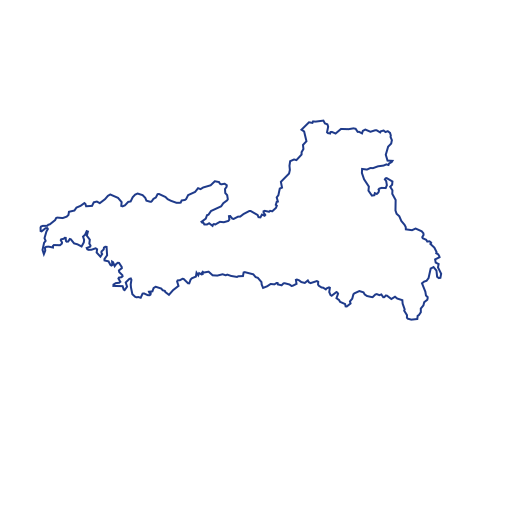 outline of Diamantina, Minas Gerais, Brazil, rotated 238°
{"feature_id": "56859067B62875205833655", "entity_name": "Diamantina", "entity_type": "district", "adm_level": 2, "iso_a3": "BRA", "parent_name": "Brazil", "parent_adm1": "Minas Gerais", "projection": "albers", "projection_center": [-43.58, -17.913], "detail": "fine", "context": "isolated", "style": "outline", "palette": "blue", "viewbox_px": 512, "rotation_deg": 238, "n_neighbors": 0, "source": "geoboundaries", "source_scale": "gbopen_adm2", "svg_char_len": 6112}
<svg xmlns="http://www.w3.org/2000/svg" viewBox="0 0 512 512"><g transform="rotate(238 256 256)"><path d="M117.1,359.4L119.6,361.4L119.6,362.9L121.0,366.0L124.1,367.9L125.4,371.8L127.7,374.2L128.1,378.0L129.0,379.0L130.2,379.8L132.4,379.2L136.0,380.7L144.9,382.3L145.2,385.0L144.6,387.5L145.8,390.6L152.8,397.5L152.5,400.7L148.0,401.3L142.4,398.6L140.4,399.3L139.8,400.8L142.8,403.6L149.9,404.3L152.4,406.6L155.2,404.9L158.2,406.1L157.7,411.0L158.6,411.3L160.9,411.4L162.8,410.3L163.6,411.2L168.6,411.7L173.8,410.3L174.3,411.5L175.4,411.4L176.6,410.8L177.5,408.9L179.6,408.9L182.7,406.8L183.9,407.0L185.1,409.3L186.6,410.0L189.2,409.6L194.7,405.9L195.2,402.0L199.2,397.2L201.2,398.3L203.7,398.5L208.7,397.8L213.8,398.6L217.3,397.6L220.7,398.4L229.5,404.1L236.5,404.5L239.4,406.5L243.6,406.5L244.3,409.2L246.9,411.2L252.8,408.1L253.2,407.1L252.7,405.9L250.5,406.1L246.7,404.5L244.9,402.0L247.2,398.6L247.8,396.3L247.5,395.2L246.2,394.9L245.1,393.6L244.8,392.4L244.6,391.3L246.3,390.1L244.8,388.6L245.8,386.3L251.8,386.0L255.1,388.5L263.8,388.3L270.3,389.8L273.6,392.1L270.5,395.9L270.0,399.6L268.5,401.8L267.4,407.0L265.1,412.1L264.6,415.1L263.0,416.6L263.9,417.8L263.8,420.9L264.4,422.1L267.2,418.1L273.1,419.7L278.7,426.0L279.7,430.2L282.2,432.6L285.7,433.2L286.8,434.2L289.4,434.9L292.0,433.9L292.5,431.5L294.8,430.7L295.6,427.9L295.0,426.8L298.7,424.9L299.5,423.6L300.7,418.9L305.3,415.7L305.5,412.9L303.8,410.9L306.7,409.2L307.4,408.0L311.1,407.9L312.6,406.3L314.5,401.7L318.7,395.4L317.7,388.4L321.0,386.1L321.6,384.9L320.6,383.8L322.1,382.1L323.3,381.8L327.4,385.7L328.8,386.1L329.9,386.3L331.9,384.7L335.1,384.9L338.4,377.7L339.9,375.7L339.0,374.4L341.3,371.8L339.0,361.5L336.1,362.8L326.6,359.6L325.3,354.7L321.6,352.9L319.9,349.7L317.9,348.4L315.9,341.1L317.7,339.4L318.3,335.2L314.8,332.2L311.0,330.3L308.4,327.7L305.7,316.4L300.2,314.3L300.6,311.9L295.7,307.2L294.7,304.6L290.6,303.4L291.0,302.3L288.9,299.9L287.6,300.3L286.2,298.3L285.3,293.5L286.8,291.9L286.6,290.5L289.7,287.3L289.9,286.1L288.9,285.5L285.9,285.6L285.6,284.6L288.0,283.0L286.4,280.2L287.6,278.7L289.9,279.1L297.0,275.3L297.7,274.2L298.2,267.7L297.8,263.5L298.9,261.6L299.3,256.6L300.3,255.7L303.6,255.3L304.1,254.2L301.0,252.7L300.4,251.1L301.7,246.6L304.1,243.5L304.3,238.1L305.4,237.3L305.4,236.2L304.6,235.1L308.6,233.6L308.7,231.2L310.1,228.9L312.2,229.0L312.7,228.1L313.9,227.9L314.3,233.2L316.6,236.1L316.2,237.5L318.0,241.7L316.6,252.8L318.1,256.2L318.5,261.0L319.1,262.2L322.9,263.8L325.7,263.3L329.2,265.2L330.3,267.8L331.5,268.7L333.9,267.7L335.2,264.5L336.5,263.7L338.3,263.8L341.2,260.7L340.0,255.0L342.1,247.5L342.1,244.4L344.2,242.8L342.6,238.3L343.6,230.7L341.3,226.9L341.2,225.4L342.5,222.4L341.2,220.4L341.6,219.4L343.2,216.8L347.9,213.1L351.0,211.2L354.0,210.5L360.0,206.6L360.6,205.3L358.7,202.1L358.8,199.3L357.7,196.7L357.6,195.7L358.3,194.8L361.0,192.4L364.0,192.9L367.7,192.1L371.7,188.7L372.1,186.0L371.2,182.6L368.7,178.6L369.6,176.3L368.4,171.7L368.8,169.2L369.9,168.3L372.9,170.6L378.4,169.8L385.4,165.0L385.5,162.3L384.2,158.1L383.6,151.5L386.5,149.9L387.5,146.9L385.4,143.5L388.2,138.3L390.6,138.9L391.8,138.5L391.5,133.8L392.2,129.4L390.8,126.1L392.6,120.8L390.2,118.7L389.7,116.3L390.6,112.2L393.9,107.8L394.1,106.6L392.9,104.7L392.1,97.9L392.6,96.4L392.2,95.0L394.6,91.0L394.9,89.2L394.2,88.3L391.3,86.6L390.5,87.2L391.1,92.3L390.2,93.8L389.2,93.8L387.8,91.2L384.2,87.2L383.2,86.1L380.3,85.6L379.5,83.3L374.3,78.2L370.0,77.1L372.2,80.1L374.8,81.4L375.0,82.8L373.9,85.0L370.8,88.3L372.1,89.1L372.4,90.4L369.0,95.5L369.4,97.9L370.3,98.7L372.9,98.8L373.4,99.6L372.5,102.1L372.8,103.4L372.2,104.2L369.5,102.8L368.5,103.0L367.8,104.4L369.1,107.1L368.3,107.8L363.1,108.4L360.5,110.8L356.5,113.1L358.8,117.2L360.8,118.8L364.1,119.6L364.6,122.3L366.8,125.6L365.8,126.4L362.9,123.3L357.9,123.7L354.8,121.2L352.6,121.2L351.8,120.4L352.5,116.7L351.1,116.5L350.0,117.2L348.5,119.8L347.5,124.1L345.9,124.8L343.4,122.7L337.9,123.7L339.2,126.6L340.6,126.6L341.7,127.4L342.3,130.3L343.7,131.5L343.7,133.1L342.9,134.1L335.5,130.1L333.7,125.8L332.5,125.2L329.6,128.1L325.6,127.8L324.5,128.3L324.5,129.3L327.5,131.0L326.5,131.5L322.3,130.8L323.3,133.2L323.5,135.2L322.7,136.2L317.9,136.3L316.8,135.8L316.4,132.1L314.9,131.5L310.6,132.5L309.5,132.1L309.3,130.7L310.3,128.3L309.8,127.4L306.0,127.3L305.8,125.8L307.3,122.7L307.3,120.0L306.2,119.2L301.1,126.9L297.6,126.0L296.7,126.5L298.3,130.4L302.6,131.5L303.7,136.5L303.3,137.9L301.8,137.7L298.3,134.7L295.6,133.3L289.1,130.9L285.4,131.9L284.2,132.9L283.6,134.4L281.7,136.1L284.2,139.9L283.6,141.2L280.2,143.4L279.1,145.0L279.2,146.1L280.1,146.9L281.3,146.1L282.4,146.3L280.9,149.4L283.1,152.2L283.1,154.6L278.6,158.4L276.4,158.7L274.7,160.2L273.5,160.0L269.2,161.6L271.0,167.6L271.7,174.4L276.2,175.6L276.8,176.6L275.8,178.6L275.6,181.7L274.8,182.5L268.9,183.9L268.2,184.9L270.7,188.1L271.1,189.8L270.4,194.1L273.3,196.7L270.2,196.8L271.6,198.7L269.1,200.2L269.0,201.2L270.4,201.4L270.8,202.5L269.7,202.8L267.8,207.5L262.6,209.0L259.9,212.8L258.2,218.0L255.7,220.1L255.4,221.8L252.3,224.3L248.3,228.8L248.2,230.2L245.9,234.3L248.6,236.8L248.3,237.9L241.9,244.0L238.3,244.5L236.5,246.0L231.0,246.8L228.8,245.7L225.2,245.1L224.4,249.4L224.5,253.6L222.2,256.6L222.2,259.2L221.6,260.0L220.3,259.5L217.6,262.2L218.2,264.8L217.7,265.9L214.1,269.3L211.7,270.3L211.3,271.5L210.9,275.6L214.6,277.2L214.4,278.2L212.6,279.6L209.9,280.6L207.3,283.1L207.8,287.0L205.7,286.9L204.1,287.9L202.5,294.3L201.2,295.1L198.9,293.5L197.5,293.5L194.6,294.9L193.5,296.2L190.7,297.5L191.1,298.7L190.7,301.3L189.9,301.8L186.6,299.0L183.4,298.5L182.2,299.1L182.8,305.1L181.9,305.6L180.5,305.6L177.6,301.9L174.6,303.1L172.6,303.0L168.0,306.1L165.8,305.3L165.1,306.2L165.6,311.0L167.7,311.6L168.8,315.0L171.9,318.3L172.2,319.6L171.5,325.1L168.2,327.9L165.8,327.8L163.3,328.9L160.1,332.1L159.3,333.1L160.1,336.8L159.7,338.2L157.4,339.9L157.0,341.9L153.6,342.1L153.1,343.0L153.7,345.2L152.9,346.1L147.8,348.0L147.8,352.3L145.1,353.2L141.0,356.7L137.9,355.1L132.0,353.8L131.1,352.7L125.8,352.7L123.7,351.3L122.4,351.5L119.7,354.0L117.1,359.4Z" fill="none" stroke="#1e3a8a" stroke-width="2"/></g></svg>